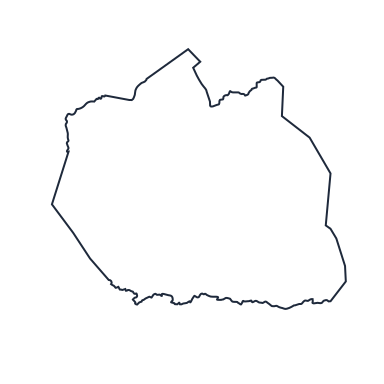 outline of Belen Gualcho, Ocotepeque, Honduras, rotated 76°
{"feature_id": "27666195B17925078657683", "entity_name": "Belen Gualcho", "entity_type": "district", "adm_level": 2, "iso_a3": "HND", "parent_name": "Honduras", "parent_adm1": "Ocotepeque", "projection": "albers", "projection_center": [-88.771, 14.48], "detail": "fine", "context": "isolated", "style": "outline", "palette": "slate", "viewbox_px": 384, "rotation_deg": 76, "n_neighbors": 0, "source": "geoboundaries", "source_scale": "gbopen_adm2", "svg_char_len": 6003}
<svg xmlns="http://www.w3.org/2000/svg" viewBox="0 0 384 384"><g transform="rotate(76 192 192)"><path d="M67.6,152.5L52.5,161.2L71.3,208.7L72.3,209.3L73.5,211.2L73.8,213.0L74.0,214.6L74.9,216.5L75.8,218.2L76.7,219.6L77.9,220.9L79.7,222.3L81.6,223.1L83.9,224.0L85.7,225.2L87.4,226.5L88.2,228.2L87.6,230.5L77.4,252.8L77.7,253.0L77.9,253.3L78.0,253.7L78.1,254.1L78.0,254.4L77.4,255.2L77.2,256.1L77.3,256.4L78.9,257.2L79.2,257.5L79.4,257.8L79.4,258.1L79.1,258.5L78.9,258.8L78.2,259.0L78.0,259.3L78.0,259.5L78.3,260.1L78.8,260.5L79.0,260.8L79.0,261.1L78.6,261.6L78.6,262.1L80.6,265.0L80.2,266.1L79.7,268.2L79.7,269.5L79.8,270.7L80.0,271.7L80.4,272.7L80.9,273.6L81.9,275.1L82.5,276.0L83.1,277.3L83.5,278.5L83.8,279.8L83.9,281.0L83.9,282.2L83.7,283.2L83.7,283.7L84.1,284.3L84.7,284.5L87.0,286.5L87.5,287.3L87.9,288.1L88.0,289.2L87.8,290.2L87.4,291.0L86.6,292.0L86.4,292.5L86.4,293.2L86.6,293.7L86.9,294.1L87.2,294.3L89.6,296.4L90.0,296.7L90.5,296.9L91.1,296.9L91.6,296.8L92.6,296.3L93.1,296.3L93.6,296.3L94.4,296.7L95.2,297.6L95.6,298.0L96.6,298.4L97.3,298.5L99.3,298.3L104.7,298.3L105.9,298.5L107.9,299.1L109.1,299.4L110.4,299.5L112.1,299.4L112.5,299.6L112.8,299.8L113.0,300.1L113.4,301.0L113.7,301.3L114.1,301.5L114.6,301.7L115.4,301.6L116.9,301.5L118.8,301.2L119.5,301.2L120.2,301.6L121.5,303.0L122.0,303.4L122.3,303.5L122.7,303.4L123.1,303.1L123.1,302.1L170.1,330.9L202.8,317.2L231.9,307.0L257.2,294.1L257.5,293.4L257.8,292.8L258.3,292.4L258.9,292.0L259.6,291.9L260.5,291.9L261.2,292.2L261.8,292.8L263.0,291.8L264.0,290.6L265.1,289.9L266.1,289.5L266.5,289.2L266.5,287.8L266.4,287.3L266.2,286.7L266.2,286.4L267.7,286.0L269.0,285.7L269.3,285.5L269.5,284.5L270.1,283.5L270.2,283.1L270.0,280.2L271.8,280.0L271.9,279.6L271.9,278.9L271.6,277.8L272.0,276.6L272.4,276.1L273.4,275.1L274.4,273.5L275.7,273.1L276.7,272.6L277.1,271.7L276.9,270.8L277.0,270.6L277.2,270.4L278.0,270.3L279.2,270.3L279.8,270.5L280.3,270.9L280.7,271.5L280.7,272.7L280.8,273.3L281.5,274.7L282.1,275.4L284.6,274.0L285.1,273.8L285.6,273.7L286.1,274.1L286.6,274.1L287.1,273.7L287.6,273.2L287.8,272.6L287.9,272.4L286.4,269.9L286.3,269.1L286.2,267.5L285.5,267.0L285.0,266.3L285.0,265.1L284.1,262.9L283.4,259.4L283.3,258.8L283.4,258.5L284.0,257.7L284.5,257.1L284.6,256.8L284.2,256.3L283.0,255.0L282.3,254.2L282.0,253.2L281.9,252.3L282.2,251.8L282.9,251.3L283.3,250.8L283.5,249.8L283.7,248.4L283.8,248.1L284.1,247.8L285.1,247.1L285.5,246.6L285.5,246.4L285.4,246.3L284.7,246.4L284.2,246.2L283.7,245.7L283.7,245.2L284.1,244.1L286.4,239.9L287.1,238.3L287.6,237.5L288.3,236.9L289.1,236.6L290.2,236.5L291.6,236.7L292.2,236.9L292.6,237.1L292.8,237.3L293.1,238.1L293.6,238.7L293.9,238.9L294.1,238.8L294.5,238.1L295.6,236.1L295.9,235.9L296.5,235.9L296.7,235.7L297.1,234.3L297.4,233.6L296.9,232.4L296.3,231.3L296.4,231.1L298.0,230.9L298.2,230.3L298.4,229.6L298.4,229.1L298.2,228.3L298.1,227.4L298.4,223.9L298.0,222.8L297.6,221.6L297.5,221.0L297.5,220.7L297.9,220.4L298.4,220.5L298.6,220.4L298.6,220.2L298.1,219.5L295.9,217.7L294.3,216.0L293.4,214.9L293.4,214.6L293.5,214.5L295.3,212.7L295.6,212.1L295.7,211.5L295.6,211.0L295.3,210.4L294.0,209.3L293.2,208.2L293.0,207.6L293.0,207.0L293.1,206.6L293.7,205.9L294.1,205.3L294.1,204.9L293.9,204.3L294.0,203.8L294.4,203.3L295.4,202.6L296.1,201.8L297.2,200.4L298.0,199.1L298.6,197.3L299.4,194.1L299.7,193.2L300.0,192.6L300.4,192.2L300.6,192.2L302.4,193.7L302.6,193.6L302.8,193.1L303.2,191.9L303.7,189.8L303.7,189.4L303.7,188.4L303.8,187.7L303.1,185.3L303.0,184.7L303.3,183.6L304.0,182.2L304.5,181.4L304.8,180.9L307.2,179.9L307.7,179.6L308.1,179.3L308.6,178.3L309.3,175.7L309.7,174.7L309.9,174.5L310.5,174.2L310.8,174.0L311.7,173.0L312.6,172.3L312.9,171.8L312.9,171.5L312.3,170.9L311.4,170.0L310.7,169.6L310.3,169.2L310.1,168.9L310.1,168.6L310.2,168.4L310.5,168.3L310.7,168.2L311.1,166.7L311.5,164.2L311.7,163.1L311.6,161.6L311.7,160.8L311.8,160.7L312.0,160.6L312.4,160.8L312.8,160.7L313.2,160.3L313.6,159.8L313.5,159.2L313.0,157.2L313.0,156.7L313.1,156.2L313.4,155.7L313.8,155.2L315.1,154.0L315.4,153.6L315.8,152.7L316.2,151.5L316.7,150.6L316.7,149.9L316.1,147.8L316.1,147.4L316.2,147.0L316.4,146.6L316.8,146.2L317.8,145.5L319.4,144.1L321.2,142.8L322.0,142.1L322.3,141.3L322.7,140.0L322.8,138.0L323.0,137.3L324.9,135.2L325.9,133.5L326.4,132.5L327.5,130.8L328.0,129.8L328.1,129.1L328.2,128.2L328.0,125.6L327.5,123.2L326.7,120.5L326.9,119.4L326.6,115.2L327.0,113.4L327.0,112.9L326.7,112.2L325.5,110.6L325.0,109.7L324.7,108.9L324.7,108.3L325.7,105.9L325.6,105.4L324.9,103.4L324.8,102.3L325.0,101.3L325.1,100.9L327.1,101.2L328.6,101.9L328.8,101.8L329.0,101.7L329.4,101.1L329.6,100.2L329.9,97.0L330.8,94.7L331.0,94.0L331.0,93.3L330.9,92.7L329.8,91.2L329.4,90.5L329.3,89.6L329.3,88.0L329.5,87.6L329.8,87.0L330.2,86.7L330.8,86.2L331.2,85.9L331.5,84.0L316.0,64.4L300.8,61.4L272.0,63.2L261.2,66.5L256.8,70.3L207.5,53.1L167.7,64.7L140.1,86.4L111.9,78.0L104.5,82.1L103.3,83.0L101.6,84.0L101.1,84.5L100.7,85.2L100.6,86.3L100.1,88.8L100.3,90.5L100.2,91.9L100.3,92.1L100.6,92.7L100.8,93.4L100.0,97.4L100.1,98.0L100.3,98.4L101.0,98.8L101.7,99.7L101.7,100.0L101.6,100.9L101.5,102.3L101.7,102.7L102.3,103.0L105.3,103.7L105.9,103.9L106.1,104.1L106.2,104.5L106.1,105.5L106.4,107.8L106.3,108.4L106.4,108.8L106.7,109.2L107.3,109.6L107.5,110.0L108.0,111.2L108.4,111.8L109.5,113.0L110.6,113.7L110.8,114.0L111.1,114.8L111.3,116.6L111.3,117.0L111.2,117.2L110.1,117.5L109.5,118.1L109.1,118.9L109.0,120.0L108.5,120.9L108.0,121.6L107.0,122.3L106.7,122.7L106.5,123.1L105.2,128.3L104.6,129.5L104.2,129.9L103.5,130.3L103.4,130.7L103.7,131.1L105.7,132.5L106.6,133.8L106.7,134.2L106.4,134.8L106.3,135.7L106.3,136.5L106.5,137.1L106.8,137.9L107.4,138.5L107.7,138.6L108.6,138.9L109.2,139.2L109.6,139.6L109.6,140.0L109.4,141.6L109.4,142.4L109.5,142.7L110.4,143.4L111.9,143.8L112.8,144.2L113.4,144.7L113.5,145.4L113.5,146.9L114.0,151.1L113.7,152.8L113.2,153.3L112.5,153.5L108.6,152.7L98.2,153.5L97.1,153.5L96.3,153.6L94.8,154.1L92.3,155.3L89.5,156.5L84.7,158.0L80.1,159.2L71.7,160.8L67.6,152.5Z" fill="none" stroke="#1e293b" stroke-width="2"/></g></svg>